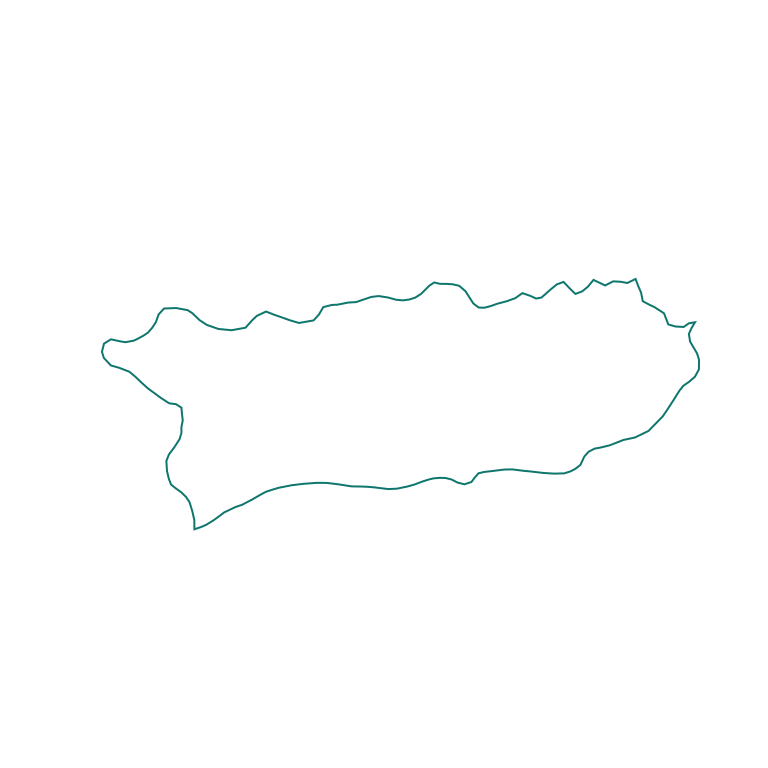 the district of Sabino, São Paulo, Brazil, rotated 123°
{"feature_id": "56859067B35767000165463", "entity_name": "Sabino", "entity_type": "district", "adm_level": 2, "iso_a3": "BRA", "parent_name": "Brazil", "parent_adm1": "São Paulo", "projection": "albers", "projection_center": [-49.574, -21.483], "detail": "fine", "context": "isolated", "style": "outline", "palette": "teal", "viewbox_px": 768, "rotation_deg": 123, "n_neighbors": 0, "source": "geoboundaries", "source_scale": "gbopen_adm2", "svg_char_len": 2386}
<svg xmlns="http://www.w3.org/2000/svg" viewBox="0 0 768 768"><g transform="rotate(123 384 384)"><path d="M162.8,156.8L167.1,161.4L172.9,163.7L177.0,170.8L179.2,178.0L172.2,187.7L172.2,198.8L173.0,204.8L173.6,212.1L167.4,218.1L163.2,224.4L158.9,230.2L166.8,235.0L169.3,241.1L173.1,247.7L180.9,252.2L182.6,265.0L191.4,266.0L198.3,268.2L204.2,272.5L202.9,279.3L200.6,289.0L206.3,293.3L213.8,295.7L225.7,299.0L229.5,303.0L230.4,309.3L232.4,317.4L240.6,320.7L247.8,326.2L255.1,332.8L260.5,336.9L265.5,341.5L268.3,346.3L267.8,353.0L265.2,358.7L261.8,366.2L260.7,374.5L263.0,380.8L266.4,386.8L269.5,391.6L271.5,397.2L276.8,399.5L288.3,402.0L294.6,404.9L299.5,408.9L303.5,413.6L306.6,419.4L309.3,427.8L313.1,436.3L317.9,442.1L324.0,446.9L330.5,452.0L335.2,458.4L342.8,466.2L346.1,470.8L352.6,476.8L361.1,476.4L369.0,477.7L379.1,488.5L381.8,497.6L385.8,514.2L387.5,522.4L396.2,527.8L402.0,529.2L412.2,530.8L421.9,541.1L428.0,552.8L430.9,564.6L430.9,573.3L429.0,583.3L429.0,589.0L433.5,599.7L440.5,609.6L448.4,610.9L456.5,609.0L462.7,609.0L469.4,609.9L474.5,612.1L479.5,614.8L484.0,617.5L489.9,623.8L492.1,629.0L495.3,637.4L502.7,640.8L510.6,638.1L514.7,633.2L517.2,623.2L514.7,615.1L512.4,604.2L513.3,596.7L514.9,588.2L516.3,579.4L517.2,563.4L517.2,553.7L514.2,547.4L514.2,541.0L519.4,536.9L524.1,533.0L530.9,530.2L535.4,527.2L541.6,525.4L551.4,525.4L560.1,526.0L567.1,524.6L575.3,518.5L580.7,512.8L584.3,507.9L584.9,502.1L585.2,495.5L586.5,488.6L589.0,482.8L595.0,475.6L601.4,469.0L609.1,463.9L603.7,459.6L598.7,456.3L590.8,452.6L584.9,450.3L578.7,448.1L568.0,441.5L562.7,437.3L552.4,431.5L544.7,427.6L538.8,424.4L533.5,420.1L528.4,415.8L519.1,406.2L511.6,397.2L503.7,386.8L498.1,378.1L493.1,367.9L487.5,355.4L481.8,346.3L479.0,341.5L476.3,336.5L469.8,323.2L464.7,316.1L457.4,308.7L451.5,303.5L445.3,299.0L440.0,294.7L436.1,291.0L432.4,286.2L429.3,281.2L427.3,275.4L426.6,268.5L424.3,261.9L418.6,257.3L412.8,256.9L407.4,256.1L403.3,252.2L397.6,245.3L390.2,236.5L385.7,229.8L380.4,218.9L377.4,213.2L371.9,202.1L366.5,192.5L360.8,184.2L355.7,180.0L350.9,177.3L344.8,175.2L335.7,176.5L329.3,175.5L323.4,172.1L319.5,167.9L312.5,161.3L300.6,152.8L292.2,144.4L279.3,136.6L259.3,132.6L250.6,132.4L240.4,132.4L228.9,132.6L222.5,132.0L215.9,129.3L208.7,127.2L200.3,127.8L192.1,133.0L187.8,138.2L181.7,150.4L175.9,155.6L169.8,156.5L162.8,156.8Z" fill="none" stroke="#0f766e" stroke-width="2"/></g></svg>